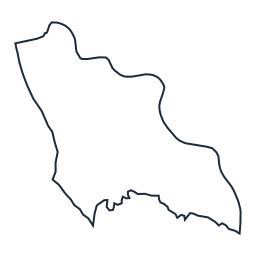 Kangdong, P'yŏngyang, North Korea
{"feature_id": "82179303B54519262383509", "entity_name": "Kangdong", "entity_type": "district", "adm_level": 2, "iso_a3": "PRK", "parent_name": "North Korea", "parent_adm1": "P'yŏngyang", "projection": "albers", "projection_center": [126.182, 39.082], "detail": "fine", "context": "isolated", "style": "outline", "palette": "slate", "viewbox_px": 256, "rotation_deg": 0, "n_neighbors": 0, "source": "geoboundaries", "source_scale": "gbopen_adm2", "svg_char_len": 1627}
<svg xmlns="http://www.w3.org/2000/svg" viewBox="0 0 256 256"><path d="M163.9,86.0L163.3,84.2L160.2,79.6L157.2,76.9L153.0,75.1L149.8,74.5L145.6,74.3L131.6,76.7L126.1,76.7L122.6,75.9L119.6,74.3L114.5,70.3L112.3,67.8L108.7,60.0L106.0,57.5L99.4,57.3L87.7,59.0L82.0,59.0L80.3,58.1L76.9,52.4L76.3,50.7L75.1,40.0L74.2,37.1L71.8,32.5L69.7,29.4L68.2,28.0L65.3,25.7L61.9,24.0L57.4,22.6L51.7,22.4L51.3,22.9L49.5,25.1L47.2,31.9L46.4,33.0L45.0,33.1L43.3,36.3L36.8,38.8L15.4,43.3L16.4,48.5L17.5,52.7L19.6,63.2L22.7,73.6L27.0,85.1L33.3,98.7L41.8,111.2L48.2,125.9L52.4,132.1L54.5,141.5L57.7,152.0L55.6,162.4L55.6,171.8L52.6,179.6L58.7,184.6L65.7,194.0L70.9,199.6L74.4,205.3L79.7,209.0L83.2,214.7L88.4,218.4L91.3,223.0L93.0,225.6L94.6,213.5L96.6,206.0L97.5,204.8L104.3,200.2L107.4,200.0L106.7,207.0L109.5,210.4L113.0,209.9L114.0,206.4L114.3,203.3L117.8,204.8L121.7,203.3L121.7,200.2L122.8,196.7L126.2,198.3L129.4,198.1L127.9,194.8L127.9,191.7L131.0,190.3L134.2,191.7L137.7,194.0L145.0,193.8L151.7,195.7L158.7,195.7L159.0,199.2L160.5,202.5L164.0,203.9L167.5,206.8L168.7,209.9L175.5,214.1L177.3,217.8L181.2,214.9L184.3,215.8L184.9,219.7L190.1,213.1L193.8,213.7L197.6,215.6L208.1,217.4L215.4,222.0L218.8,225.5L222.1,223.3L225.9,225.3L228.8,228.9L235.4,230.9L239.6,233.6L240.4,223.3L240.6,212.3L240.3,209.0L238.2,201.0L234.3,191.7L231.4,186.3L224.2,176.9L221.4,172.0L220.1,168.5L219.3,164.7L218.4,156.3L216.6,152.5L212.2,148.2L206.7,146.7L185.3,143.2L179.7,140.7L176.4,138.2L167.7,128.0L163.9,122.5L162.4,119.3L160.6,114.6L159.6,110.1L159.3,105.7L160.2,101.2L162.9,93.5L164.4,87.5L163.9,86.0Z" fill="none" stroke="#1e293b" stroke-width="2"/></svg>